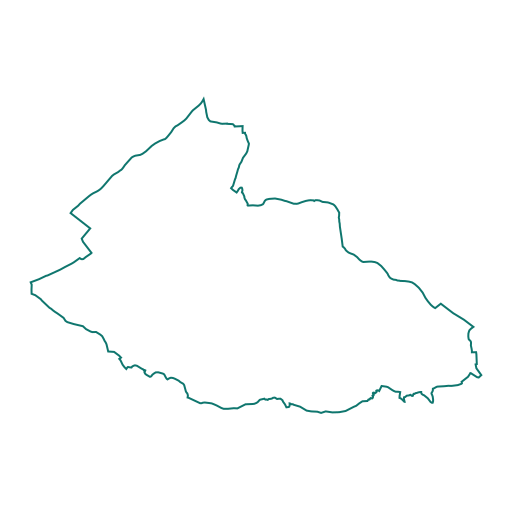 outline of Bichis, Mures, Romania
{"feature_id": "2599482B14614576854068", "entity_name": "Bichis", "entity_type": "district", "adm_level": 2, "iso_a3": "ROU", "parent_name": "Romania", "parent_adm1": "Mures", "projection": "mercator", "projection_center": [24.102, 46.369], "detail": "fine", "context": "isolated", "style": "outline", "palette": "teal", "viewbox_px": 512, "rotation_deg": 0, "n_neighbors": 0, "source": "geoboundaries", "source_scale": "gbopen_adm2", "svg_char_len": 6065}
<svg xmlns="http://www.w3.org/2000/svg" viewBox="0 0 512 512"><path d="M367.4,401.0L368.5,399.5L369.4,399.6L369.8,399.3L369.9,398.7L370.8,398.0L371.5,398.4L372.3,398.4L372.5,398.2L373.0,397.1L373.0,396.6L372.6,396.1L372.5,395.7L373.6,395.3L373.7,395.0L373.6,394.6L373.1,394.0L372.9,393.4L372.9,393.0L373.2,392.7L373.9,392.6L374.2,392.7L374.3,392.9L374.9,393.3L375.2,393.1L376.3,392.3L376.7,391.6L376.8,391.1L376.3,391.1L376.2,390.9L376.3,390.7L377.1,390.3L378.3,390.4L379.2,391.0L381.6,386.0L386.5,386.7L388.0,387.2L392.3,390.1L394.1,391.1L395.6,391.7L398.7,391.8L400.2,392.1L399.6,395.9L399.5,397.9L400.6,398.3L402.1,399.5L404.4,401.8L404.6,401.8L404.1,399.8L403.9,398.5L404.0,397.3L405.2,397.0L406.7,395.7L409.1,395.4L410.1,394.9L410.6,394.8L410.9,395.1L411.1,395.4L411.7,395.8L412.7,395.9L413.0,395.3L413.2,394.5L413.6,393.9L414.0,393.7L414.5,393.9L415.7,393.1L416.6,393.0L418.3,392.4L420.4,392.0L421.2,392.0L421.2,392.8L421.6,393.8L422.7,394.7L424.1,395.3L427.8,398.3L430.6,402.0L432.0,402.8L432.7,402.7L433.1,401.1L433.1,399.6L432.7,396.6L432.1,394.9L431.5,393.7L431.5,393.1L432.4,391.6L432.8,390.6L432.9,388.7L433.8,388.4L436.5,386.9L437.4,386.6L444.5,386.2L448.3,385.8L451.5,385.9L457.8,385.1L461.2,383.9L461.9,383.4L461.8,382.3L461.6,381.8L468.0,376.8L469.8,374.1L470.3,373.1L470.7,373.1L477.1,377.2L478.7,377.5L481.3,375.1L476.4,368.3L475.6,364.4L476.8,364.1L476.4,354.4L476.1,352.2L471.9,352.3L471.9,350.8L471.6,348.8L470.9,345.5L470.9,344.8L471.0,344.1L471.0,342.4L470.8,341.6L470.3,340.8L468.8,339.4L468.5,338.1L468.3,336.3L468.4,333.5L469.0,331.3L469.5,330.2L471.1,328.6L473.4,326.9L463.9,319.7L453.2,313.2L440.8,303.7L435.2,308.1L434.1,307.5L432.7,306.5L430.8,304.8L427.8,301.2L425.4,297.8L422.7,292.7L419.1,288.1L418.1,287.1L414.7,284.1L412.0,282.4L408.9,281.6L405.1,281.1L400.1,280.9L399.2,280.6L398.5,280.6L397.4,280.5L396.0,279.9L393.5,279.6L391.5,278.7L390.3,278.0L389.4,277.0L388.3,275.3L387.7,273.9L387.1,273.0L384.2,269.4L381.2,266.0L377.4,263.0L374.9,262.1L371.5,261.6L369.2,261.6L363.5,262.0L362.3,261.7L360.5,260.5L359.3,259.5L357.1,257.1L353.9,254.7L353.0,254.3L350.5,253.4L348.5,252.5L346.4,250.8L345.6,249.9L345.1,248.9L344.6,248.3L343.6,247.2L342.7,246.6L341.7,238.7L339.9,226.7L339.7,223.6L339.3,221.7L339.2,219.5L338.8,217.6L339.1,215.8L339.2,212.6L338.3,211.1L337.3,209.3L335.4,206.4L334.4,205.3L333.3,204.4L328.8,202.7L327.6,202.4L322.5,201.9L319.5,200.5L317.1,200.2L315.5,200.2L314.2,201.0L313.6,200.4L310.5,200.2L308.5,200.4L305.9,200.9L301.7,202.2L298.3,203.5L296.8,203.8L293.6,203.7L286.5,201.2L284.9,200.9L281.3,199.7L275.0,198.5L269.3,198.9L267.0,199.4L266.4,199.6L265.7,200.0L264.8,200.9L263.3,203.8L262.8,204.3L260.8,205.2L257.9,205.7L252.9,205.3L247.9,205.6L247.6,205.4L247.7,203.7L245.7,200.1L245.1,199.5L244.4,197.6L244.3,196.4L242.8,193.1L242.0,192.6L241.9,192.4L242.0,191.9L242.4,190.8L242.4,189.8L242.2,188.7L241.8,187.7L241.1,187.6L240.4,187.7L239.8,188.2L238.7,189.2L237.9,190.7L236.6,192.5L232.9,189.9L231.1,188.2L231.8,187.2L232.7,186.3L233.1,185.6L235.1,179.0L235.5,178.3L236.2,175.5L237.3,171.8L238.0,169.2L238.5,168.2L239.0,166.8L239.2,165.6L239.6,164.5L241.4,161.8L243.0,157.8L246.2,153.5L247.3,151.3L248.8,144.6L248.9,143.5L248.4,142.5L247.5,140.4L246.7,138.1L246.3,136.0L245.9,135.0L245.0,133.6L245.0,132.8L243.6,132.8L242.7,132.9L242.5,131.0L242.5,129.6L242.6,126.1L234.7,126.5L234.6,125.8L234.2,125.6L233.2,124.4L232.4,124.1L228.1,123.9L226.9,123.8L226.9,123.6L222.3,123.8L220.7,123.6L216.7,122.4L210.4,121.4L208.8,120.0L207.3,117.3L206.2,111.9L206.0,109.8L203.6,99.1L202.3,101.4L200.9,103.4L198.7,105.6L193.0,110.2L191.9,111.4L186.3,118.6L184.3,120.5L181.6,122.5L177.6,125.3L175.5,126.4L173.6,128.3L171.2,132.1L168.4,135.6L166.5,137.8L165.4,138.8L164.8,139.2L163.8,139.4L159.7,141.0L155.1,143.5L151.6,146.0L146.0,151.3L142.5,153.8L140.2,154.9L135.3,155.7L133.6,156.4L132.1,157.2L131.4,157.8L124.9,165.1L123.2,167.6L122.1,169.0L121.2,169.9L120.4,170.3L118.1,172.1L114.0,174.4L112.1,175.9L103.3,186.2L101.2,188.4L99.9,189.5L98.2,190.7L96.6,191.6L93.3,193.2L91.2,194.5L89.2,196.0L80.0,203.7L78.2,205.7L72.9,209.9L70.6,213.1L90.2,228.4L81.7,238.6L83.0,241.8L91.5,252.9L90.8,253.6L85.7,257.1L83.4,259.0L82.2,259.2L81.2,259.1L79.7,258.1L73.7,262.4L71.5,263.7L65.2,266.9L60.3,269.6L47.5,275.5L46.1,275.8L39.0,279.2L30.7,282.3L31.7,284.7L31.5,289.3L31.6,293.8L35.3,295.2L40.8,299.2L41.8,300.5L49.5,307.8L51.2,308.8L52.9,310.3L54.9,311.8L57.4,313.4L63.6,317.9L65.5,320.9L67.3,322.1L69.9,322.9L73.9,324.1L82.9,326.2L86.0,329.1L90.5,331.5L92.3,332.1L96.1,332.0L100.3,334.6L102.2,336.2L103.9,339.3L104.5,340.7L105.7,342.5L106.5,344.3L108.2,351.5L114.1,351.9L119.2,355.7L121.0,357.6L119.3,358.9L120.5,360.3L122.6,364.7L124.5,367.2L126.3,369.0L127.3,367.5L127.9,367.0L129.6,367.3L131.5,367.5L132.1,366.6L133.1,366.0L134.5,365.4L135.4,365.4L137.0,365.8L141.5,368.6L143.2,369.4L144.1,370.7L144.7,370.1L145.3,370.4L144.5,372.5L145.4,374.0L146.6,374.9L149.9,376.8L150.7,376.6L151.3,376.2L152.4,374.7L154.1,373.4L155.7,372.4L158.2,372.3L162.9,373.6L164.2,374.4L165.9,377.6L166.7,378.8L167.5,379.4L169.3,378.3L170.6,377.8L171.8,377.8L173.3,378.1L175.0,378.8L178.7,380.7L180.3,382.1L183.1,383.7L183.7,384.4L184.2,385.2L185.9,391.5L186.5,392.5L187.3,393.4L187.6,394.3L187.9,395.6L187.6,397.5L188.4,397.7L200.1,403.2L201.6,403.2L202.9,402.7L204.7,402.5L209.0,403.0L211.7,403.4L214.2,404.4L216.7,405.5L221.4,408.0L223.6,408.8L228.0,408.8L233.9,408.2L237.4,408.4L245.5,404.3L252.6,404.0L254.3,403.8L256.5,402.9L257.8,402.0L259.7,399.9L260.5,399.6L264.4,398.7L264.9,399.3L265.5,399.6L266.7,399.5L267.4,399.9L267.9,399.8L268.3,399.3L268.9,399.0L270.3,398.9L271.8,398.6L273.1,397.8L274.7,397.6L275.4,397.9L276.8,398.9L277.4,399.0L278.0,398.8L280.4,398.7L281.4,399.4L282.5,400.3L283.0,401.6L285.0,404.4L286.4,407.3L288.8,407.0L289.3,406.5L289.7,405.2L289.6,403.4L290.1,403.5L291.6,404.3L292.8,404.2L293.5,404.7L300.1,406.7L306.6,410.6L311.2,411.4L317.3,411.7L321.1,412.9L325.7,411.4L332.4,412.4L339.1,412.2L345.6,411.0L353.8,406.8L356.2,405.8L359.2,403.4L362.4,401.3L367.4,401.0Z" fill="none" stroke="#0f766e" stroke-width="2"/></svg>